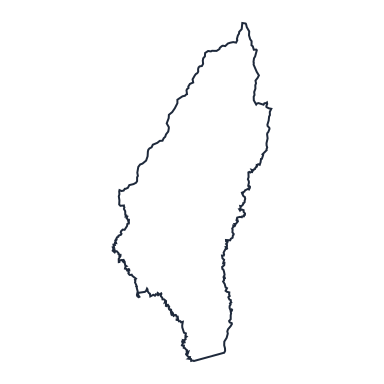 the district of Florencia, Caquetá, Colombia
{"feature_id": "7082276B38105968828187", "entity_name": "Florencia", "entity_type": "district", "adm_level": 2, "iso_a3": "COL", "parent_name": "Colombia", "parent_adm1": "Caquetá", "projection": "robinson", "projection_center": [-75.56, 1.758], "detail": "fine", "context": "isolated", "style": "outline", "palette": "slate", "viewbox_px": 384, "rotation_deg": 0, "n_neighbors": 0, "source": "geoboundaries", "source_scale": "gbopen_adm2", "svg_char_len": 6043}
<svg xmlns="http://www.w3.org/2000/svg" viewBox="0 0 384 384"><path d="M249.9,187.7L249.9,186.6L249.4,186.2L248.6,186.6L248.2,185.8L248.9,182.8L248.8,181.2L247.9,179.2L248.6,177.2L248.4,172.4L249.3,171.9L250.3,172.5L251.1,172.0L252.1,172.1L252.3,171.2L251.6,169.8L253.4,170.3L253.9,169.4L255.0,169.0L255.3,167.9L256.4,167.1L256.3,166.5L256.9,166.3L256.8,165.0L257.4,165.1L258.2,164.2L259.7,164.8L260.6,162.1L261.0,159.0L261.9,158.8L263.2,154.9L262.5,154.3L266.7,150.1L266.5,149.2L267.2,147.5L266.6,145.5L266.5,143.2L267.6,138.4L267.1,134.4L267.3,133.2L268.3,132.0L269.5,128.9L269.3,127.8L267.6,126.0L267.4,124.7L268.7,120.4L269.1,116.5L269.9,115.1L269.8,111.9L271.3,108.8L268.8,108.3L266.5,107.1L266.3,106.2L267.2,103.9L266.9,102.4L265.9,103.1L264.4,103.3L263.5,104.7L258.5,103.1L257.0,103.5L256.2,104.5L253.8,100.3L253.7,96.7L254.5,95.0L254.2,92.0L255.4,88.7L255.3,85.2L256.0,83.3L255.5,80.6L257.6,77.9L258.9,75.4L256.7,71.8L253.6,64.6L253.8,62.8L253.5,62.0L254.0,58.3L255.1,56.5L256.8,50.2L256.3,49.6L253.8,49.7L252.8,46.3L251.5,45.3L251.6,41.2L250.2,39.3L249.0,35.3L249.2,31.4L246.8,27.2L246.0,24.0L245.6,23.5L242.3,23.0L241.7,29.1L239.2,31.8L239.0,33.7L237.9,35.4L236.9,39.0L237.3,40.1L236.1,42.6L233.2,42.1L230.3,42.7L227.9,43.5L225.2,46.1L222.9,45.7L221.7,46.2L219.8,47.9L219.4,49.1L216.6,50.9L212.0,50.8L210.9,51.4L208.1,51.0L205.1,53.0L204.9,56.4L203.2,58.3L202.8,60.7L203.1,63.8L201.9,66.0L199.6,66.4L198.6,67.4L198.1,69.1L198.2,71.7L197.3,73.2L195.9,74.0L194.9,75.3L192.6,79.3L193.2,82.5L189.9,83.9L188.3,86.5L188.5,88.0L187.0,89.2L186.5,90.3L187.0,94.2L186.0,94.6L184.9,95.8L182.5,96.3L177.4,99.7L177.4,103.2L174.8,108.3L172.2,112.1L168.9,114.8L168.7,118.1L166.7,123.4L168.8,127.1L168.8,128.5L168.2,131.6L166.0,134.4L165.2,136.8L163.7,138.2L162.5,140.7L159.7,140.9L157.4,142.8L152.8,144.7L151.6,147.3L149.5,148.4L148.4,149.6L147.9,151.4L147.6,156.3L146.1,160.6L142.5,163.6L140.1,164.5L138.3,166.9L137.3,172.7L137.9,175.9L137.1,177.3L137.1,181.1L136.1,182.7L133.5,184.1L129.3,185.1L127.9,187.8L125.7,188.8L124.8,188.8L123.6,190.6L121.5,191.0L119.5,190.1L119.2,191.3L119.4,194.4L118.8,196.3L119.4,200.3L119.2,204.5L120.4,205.8L123.9,205.5L123.9,206.5L124.4,207.3L123.9,208.9L125.2,211.2L125.3,214.8L126.3,215.4L125.7,216.6L127.2,216.7L126.6,218.1L128.1,219.8L128.9,219.8L128.9,220.5L128.2,221.0L128.9,221.9L128.9,223.1L128.7,223.6L127.8,223.5L127.3,224.0L127.1,225.9L124.6,229.8L122.7,229.6L121.0,231.3L120.7,232.5L121.5,233.8L121.0,234.7L118.5,235.7L118.3,236.8L117.0,237.3L116.1,239.2L116.6,239.4L116.4,240.0L115.3,240.5L116.1,243.0L115.0,242.8L115.1,243.7L114.4,244.1L114.7,244.9L113.5,244.8L114.0,247.1L112.8,247.3L113.1,248.1L114.5,249.2L114.1,249.8L113.2,249.7L112.7,250.7L114.7,252.4L115.5,251.1L116.8,251.3L118.5,253.2L118.5,254.1L119.4,254.4L119.4,255.6L120.5,255.2L120.5,256.0L118.7,258.9L118.8,262.1L119.4,262.0L119.6,260.4L121.8,260.0L122.7,261.1L123.1,260.0L123.6,259.9L124.7,261.9L124.1,262.5L124.8,263.1L125.2,265.2L126.4,266.1L125.5,266.4L125.0,268.6L126.2,268.8L127.0,270.2L128.3,269.1L129.1,269.3L129.3,270.4L128.4,270.5L128.3,271.7L128.8,272.4L128.4,273.4L129.3,274.6L129.9,275.0L131.7,274.7L132.4,275.9L136.0,278.7L134.9,279.8L135.4,280.9L135.0,282.3L136.5,285.6L136.2,286.3L136.9,286.8L136.7,287.7L137.7,291.5L136.9,295.0L137.4,296.3L138.7,297.2L139.4,296.8L138.0,294.8L138.6,292.8L144.8,291.9L146.1,290.9L147.0,288.6L147.5,289.3L147.7,291.3L149.0,293.2L149.9,293.7L150.3,296.4L153.3,294.8L154.9,295.7L155.7,294.3L157.3,294.8L157.7,293.0L158.3,293.4L158.5,295.0L161.2,293.4L161.4,293.9L160.8,295.2L160.9,296.3L162.2,297.6L162.5,299.3L163.9,299.3L165.4,300.5L164.8,302.4L166.0,301.8L165.9,305.9L166.8,306.2L167.2,304.9L167.9,304.8L169.2,306.8L168.8,308.2L169.1,309.3L169.7,309.8L170.6,309.4L171.1,309.8L170.9,312.1L171.5,314.7L171.9,315.0L172.3,314.5L171.6,312.7L171.9,311.9L172.9,313.1L173.7,315.8L175.2,314.9L176.1,315.2L176.6,316.7L177.7,316.7L178.0,319.0L176.6,319.3L176.6,319.9L178.4,320.1L178.9,321.3L180.4,321.2L181.1,322.3L182.8,321.8L182.2,325.4L182.3,327.5L184.0,332.7L185.9,333.4L185.4,335.9L186.6,336.6L185.4,337.5L185.6,339.2L184.6,339.7L184.5,340.6L183.4,340.3L184.5,342.4L183.7,342.6L183.0,340.9L182.3,341.1L182.1,341.8L183.0,343.1L181.9,345.3L182.4,345.7L183.9,345.7L183.7,347.8L185.0,348.2L186.0,349.6L187.0,350.2L187.1,351.0L186.6,351.8L186.8,352.4L188.4,351.7L187.7,353.8L186.2,353.9L186.1,354.4L188.5,357.0L190.0,357.1L189.9,357.8L188.4,358.7L191.0,359.1L191.2,360.9L192.8,360.5L193.9,361.0L224.2,352.7L225.1,350.9L225.0,348.3L224.2,345.4L224.3,341.6L226.6,337.9L227.8,333.6L227.3,331.4L228.0,329.3L230.6,326.2L231.9,324.0L231.7,323.1L229.7,322.4L229.1,321.0L230.7,319.2L230.7,315.1L231.1,313.3L230.7,311.8L231.7,310.9L232.1,309.9L231.7,309.4L230.5,310.3L229.6,308.0L229.6,306.0L230.6,304.6L230.0,303.4L231.3,302.5L230.8,301.5L230.8,300.1L229.4,299.5L228.4,297.4L228.6,296.7L229.7,296.0L229.1,294.4L229.3,292.4L226.9,291.8L225.6,290.8L227.0,288.2L225.6,287.4L224.7,284.0L223.1,281.5L224.0,280.3L223.9,278.9L224.9,278.3L224.7,277.5L223.8,277.6L223.5,277.1L224.6,274.8L224.0,271.6L223.4,269.7L222.4,269.0L222.1,267.0L224.2,265.2L224.4,263.0L223.2,263.2L224.1,259.8L222.5,258.4L222.0,255.5L223.8,255.5L224.1,254.5L223.6,252.7L224.2,251.4L225.7,248.7L226.6,248.9L227.1,248.5L226.9,247.7L225.8,246.9L226.9,246.3L227.0,244.9L226.1,244.0L227.2,242.9L227.6,241.6L226.1,241.3L226.0,240.0L230.2,240.3L230.8,238.8L232.6,237.7L232.9,235.3L233.6,234.7L233.7,234.0L232.4,232.3L232.6,229.6L232.2,228.7L233.3,226.7L233.3,225.7L234.6,226.2L235.1,225.5L234.4,224.0L235.8,223.9L237.9,221.4L237.7,220.6L237.0,220.9L236.5,220.3L237.2,217.6L239.8,216.9L241.8,217.2L242.0,216.5L243.9,216.3L243.9,215.2L244.9,214.9L245.0,213.5L243.6,211.9L243.6,210.2L242.3,209.7L240.4,209.9L240.0,210.5L239.3,209.3L240.1,209.3L240.0,208.7L240.6,208.0L240.2,206.0L241.3,206.2L243.1,204.5L243.2,203.2L243.8,203.1L244.7,202.0L244.6,201.0L245.2,198.8L244.8,197.0L243.5,196.2L242.5,194.3L243.0,193.0L242.1,193.3L241.9,192.7L244.4,191.6L245.0,190.4L247.9,188.9L249.0,189.5L249.9,187.7Z" fill="none" stroke="#1e293b" stroke-width="2"/></svg>